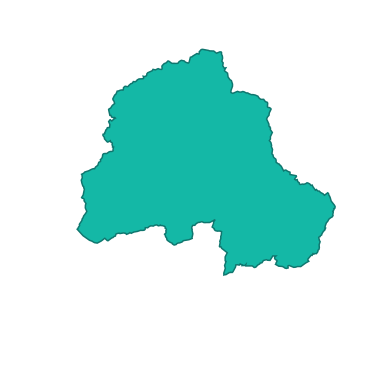 outline of Huong Son, Ha Tinh, Vietnam, rotated 53°
{"feature_id": "81297802B24299836434530", "entity_name": "Huong Son", "entity_type": "district", "adm_level": 2, "iso_a3": "VNM", "parent_name": "Vietnam", "parent_adm1": "Ha Tinh", "projection": "robinson", "projection_center": [105.339, 18.446], "detail": "fine", "context": "isolated", "style": "filled", "palette": "teal", "viewbox_px": 384, "rotation_deg": 53, "n_neighbors": 0, "source": "geoboundaries", "source_scale": "gbopen_adm2", "svg_char_len": 5962}
<svg xmlns="http://www.w3.org/2000/svg" viewBox="0 0 384 384"><g transform="rotate(53 192 192)"><path d="M313.1,123.8L310.6,122.2L308.8,119.6L307.4,119.4L304.6,118.2L304.4,117.5L304.7,116.6L304.3,116.0L304.3,114.2L303.6,113.5L302.6,111.0L302.2,108.5L301.6,108.5L301.2,107.0L300.5,107.3L299.5,106.3L297.5,103.3L297.1,101.3L296.1,99.1L296.0,96.6L296.3,95.4L295.8,93.6L294.7,93.1L292.9,91.1L292.2,91.2L291.5,89.1L290.6,88.7L290.9,87.6L289.8,86.5L288.4,86.2L283.0,86.3L279.6,85.0L278.0,84.6L277.3,84.7L275.3,83.9L274.3,84.1L274.3,88.2L272.3,88.4L269.8,89.6L267.9,89.8L266.9,90.9L264.8,91.2L264.8,92.4L260.0,92.2L258.9,91.8L258.2,93.0L256.4,93.1L254.4,94.1L253.8,94.8L253.8,96.1L253.1,98.2L252.4,98.6L251.1,101.1L250.3,101.4L249.2,100.8L247.2,101.3L245.4,100.5L244.8,101.9L243.6,102.4L243.2,101.9L242.5,99.3L241.7,99.0L237.0,103.2L235.2,101.8L233.1,103.1L231.0,103.8L230.5,104.6L230.3,106.1L225.6,105.3L224.0,105.3L223.1,105.7L222.3,105.5L221.2,106.2L218.9,106.9L217.2,105.7L216.2,105.3L213.8,105.9L212.8,105.8L211.1,105.0L209.6,105.2L206.5,102.1L203.3,101.2L202.7,100.4L199.9,99.2L197.5,99.3L196.9,97.5L195.0,96.1L192.8,92.0L189.4,91.9L188.1,90.8L187.3,90.9L186.6,90.5L186.2,90.9L185.6,90.8L184.0,89.7L178.6,88.5L177.5,86.4L177.1,84.4L175.3,82.6L173.5,79.1L172.8,78.8L171.3,79.3L170.0,80.5L169.4,80.5L166.6,78.1L165.7,77.9L164.0,79.0L161.1,79.0L159.3,81.4L156.9,81.9L155.2,81.7L152.7,83.1L150.9,84.7L150.0,86.0L147.5,87.5L146.5,87.8L145.6,89.0L143.0,90.3L142.1,91.3L141.8,92.6L140.7,94.0L139.0,95.1L137.8,100.0L136.3,100.9L135.6,100.9L134.3,99.6L131.9,96.0L130.2,94.7L126.7,93.5L125.1,94.1L121.9,94.0L118.5,92.1L114.9,93.1L114.3,92.8L113.2,90.3L112.5,91.7L109.7,91.5L107.6,89.4L105.6,89.5L103.5,87.0L101.6,85.9L99.7,85.5L98.5,84.5L97.8,84.4L96.9,85.3L95.9,88.9L92.5,89.8L90.0,92.9L88.9,93.6L84.5,97.6L84.0,98.4L83.8,99.1L84.4,101.9L85.5,102.6L86.0,103.5L84.4,104.7L83.9,109.5L84.0,110.7L83.4,112.2L86.3,115.8L86.8,116.5L86.8,117.4L84.4,119.1L82.7,119.3L80.4,121.3L80.1,123.7L80.7,125.8L80.5,126.3L77.1,130.7L73.7,131.7L72.9,132.3L73.3,135.0L72.7,137.0L73.1,139.5L73.4,140.3L75.6,141.7L75.8,142.5L74.7,143.8L73.1,144.8L72.4,147.8L70.6,149.3L71.2,150.8L70.1,155.6L70.5,157.0L71.5,157.9L71.7,159.3L71.1,160.6L70.2,161.3L72.0,162.1L72.1,162.9L69.8,166.3L69.5,168.4L69.8,168.8L69.9,170.3L69.7,171.1L68.5,172.4L69.2,174.2L68.7,175.7L68.9,178.3L69.3,179.6L68.8,180.4L67.5,181.5L67.2,182.3L67.5,184.0L68.8,185.1L69.1,185.9L68.4,186.4L67.5,188.1L67.0,190.1L66.4,191.0L68.0,193.7L68.1,195.5L69.9,199.1L70.8,199.6L72.8,199.7L74.8,200.6L74.9,203.6L76.0,206.5L75.7,208.2L76.0,209.0L81.4,211.5L82.0,210.7L83.8,211.1L85.3,210.0L85.9,208.9L86.9,208.7L86.7,210.1L87.0,213.0L86.8,213.5L85.2,213.7L85.0,214.1L85.3,215.1L85.6,216.2L88.8,217.0L90.8,219.0L89.7,220.9L90.5,222.3L90.7,223.8L91.4,224.4L92.2,226.2L92.8,226.5L92.8,227.3L92.3,228.2L92.6,228.6L93.3,229.1L95.9,229.2L96.8,229.9L100.8,229.6L101.5,229.2L101.9,226.4L102.8,226.9L104.2,226.3L105.0,226.3L105.4,226.5L106.0,227.3L107.6,227.8L108.3,228.4L108.9,227.6L110.3,229.3L111.6,230.1L111.5,231.4L110.4,233.0L110.0,234.3L110.0,236.8L108.5,238.9L108.2,239.8L108.5,240.9L110.1,242.5L110.6,243.4L110.9,244.2L111.0,245.7L112.3,246.3L112.5,247.3L112.2,248.6L114.0,251.2L114.0,254.0L114.8,255.8L114.0,256.7L113.4,258.6L112.9,261.7L111.5,265.6L111.8,267.3L111.4,269.5L112.0,269.5L114.8,271.2L115.8,273.2L116.5,273.7L117.2,273.8L118.1,274.4L121.5,275.6L122.4,275.3L123.7,276.0L124.9,276.2L128.9,280.7L130.0,283.5L131.0,283.4L131.4,282.8L132.6,282.5L133.6,282.8L134.0,283.5L137.4,283.6L138.3,285.0L140.5,286.8L144.2,287.7L145.1,289.9L146.0,293.1L146.9,294.3L147.4,295.9L148.5,297.1L150.0,301.4L151.2,302.0L151.9,304.2L152.5,305.0L152.6,306.1L161.4,305.3L168.9,302.9L171.0,301.5L173.7,300.4L175.8,298.4L176.5,294.1L176.5,289.5L179.8,288.9L180.4,288.4L180.4,283.7L180.8,282.6L180.6,281.2L181.1,279.7L179.9,278.2L180.0,277.1L181.0,274.9L181.8,274.6L183.5,271.3L185.1,269.9L186.4,269.8L187.1,267.3L187.0,266.1L188.4,265.4L189.0,262.5L190.6,259.4L191.6,256.3L193.2,254.2L193.8,252.8L193.6,251.9L192.4,250.8L193.9,248.9L193.8,247.1L194.2,245.3L196.0,243.3L196.1,241.8L197.1,239.9L198.7,239.3L199.3,238.2L199.3,237.2L200.2,237.0L200.7,236.1L202.7,234.7L203.7,234.4L204.7,235.2L205.3,234.8L206.4,235.0L207.3,236.3L208.4,236.8L209.0,237.4L209.2,239.3L210.1,239.3L211.9,240.0L213.6,240.0L214.7,240.6L215.7,240.8L218.8,239.8L221.2,238.6L221.7,238.9L223.6,238.2L224.4,236.3L224.1,235.3L224.4,233.8L225.2,232.5L225.9,230.1L225.9,229.2L225.6,228.3L228.3,223.1L229.2,219.8L228.1,219.2L227.8,218.6L225.9,216.5L222.6,215.0L221.8,214.2L220.9,214.1L219.8,213.1L219.1,211.5L220.3,209.8L219.8,207.7L220.0,205.4L220.6,204.6L221.7,201.9L223.6,200.9L227.0,196.2L228.0,190.1L228.9,192.7L230.2,193.9L232.1,197.0L234.6,196.3L235.4,196.8L236.9,196.6L238.4,195.4L239.9,193.3L241.4,192.2L244.2,194.7L244.6,195.6L246.6,197.1L248.1,199.5L249.4,200.0L251.9,202.8L252.6,202.8L253.0,201.9L254.8,202.2L261.7,200.4L263.8,204.6L266.8,206.8L267.9,206.6L268.0,207.2L268.6,207.5L270.3,210.2L273.0,211.3L275.9,215.4L277.5,216.5L277.8,215.3L278.4,214.8L278.8,210.7L279.3,210.1L279.3,209.4L280.4,208.5L280.4,207.4L278.1,202.4L276.6,200.8L277.6,199.3L278.8,198.3L278.7,197.6L278.4,197.2L278.5,196.7L279.4,196.5L280.4,195.6L280.9,196.3L281.3,195.7L282.5,194.0L282.3,192.7L283.0,193.6L283.4,193.6L287.0,188.7L287.6,188.2L289.6,187.8L290.1,187.2L290.4,185.9L289.9,183.7L290.2,181.1L289.8,180.5L290.6,178.7L289.7,176.2L290.8,173.4L292.0,172.7L293.6,170.8L291.7,166.0L293.6,163.5L293.7,164.9L294.4,165.8L295.9,166.1L297.6,165.4L298.3,165.6L299.4,167.8L300.0,168.2L300.1,168.8L303.4,167.4L305.8,164.7L307.3,163.9L308.4,163.7L309.8,162.7L310.5,160.9L308.9,160.0L308.8,159.4L309.2,158.6L313.4,156.1L314.4,154.4L315.0,152.6L317.0,150.0L317.1,144.0L317.6,140.4L316.1,140.5L315.3,139.6L314.2,134.8L314.9,134.2L314.0,132.4L315.0,132.1L315.1,131.0L316.1,129.7L316.0,129.4L315.4,127.4L314.9,127.1L314.3,126.2L314.3,125.2L313.1,123.8Z" fill="#14b8a6" stroke="#0f766e" stroke-width="1.5"/></g></svg>